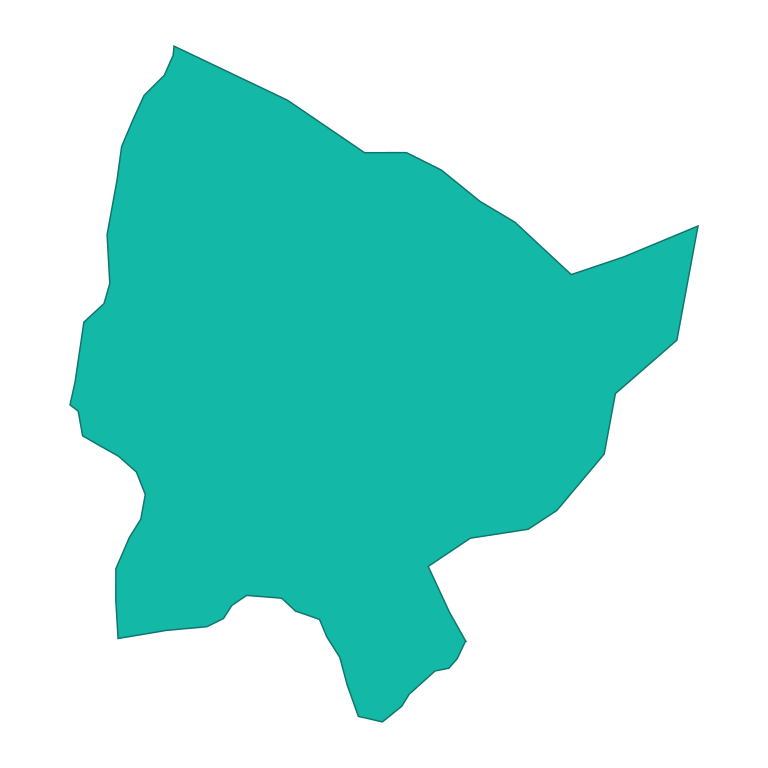 the district of Vänersborg, Västra Götaland, Sweden
{"feature_id": "70781695B41562985263566", "entity_name": "Vänersborg", "entity_type": "district", "adm_level": 2, "iso_a3": "SWE", "parent_name": "Sweden", "parent_adm1": "Västra Götaland", "projection": "albers", "projection_center": [12.351, 58.463], "detail": "fine", "context": "isolated", "style": "filled", "palette": "teal", "viewbox_px": 768, "rotation_deg": 0, "n_neighbors": 0, "source": "geoboundaries", "source_scale": "gbopen_adm2", "svg_char_len": 878}
<svg xmlns="http://www.w3.org/2000/svg" viewBox="0 0 768 768"><path d="M118.1,638.5L166.2,630.4L206.9,626.7L223.5,618.5L231.8,605.5L246.6,595.4L281.7,598.2L295.5,611.1L319.5,619.4L326.9,637.0L339.8,657.3L347.2,685.0L358.4,716.4L382.4,721.9L401.8,706.2L409.2,694.2L435.0,671.0L448.8,668.2L457.1,658.9L465.4,641.4L465.9,641.4L449.4,612.1L428.2,566.4L470.3,538.2L528.2,529.2L556.9,510.4L602.3,456.3L604.2,454.0L615.4,393.6L676.9,340.1L698.0,226.0L623.7,256.9L571.2,274.6L515.0,222.3L480.0,201.4L441.4,170.1L406.4,152.6L364.5,152.7L287.6,100.3L174.0,46.1L173.2,55.2L164.3,75.3L144.1,95.4L132.9,119.9L121.6,146.7L117.0,180.3L107.1,234.7L109.8,283.5L104.0,303.6L83.9,322.1L75.0,382.4L70.0,404.9L78.2,411.1L82.6,435.8L98.3,444.9L118.5,456.2L136.4,472.0L145.3,494.5L140.8,519.2L129.5,537.2L115.9,568.7L115.8,600.2L118.1,638.5Z" fill="#14b8a6" stroke="#0f766e" stroke-width="1.5"/></svg>